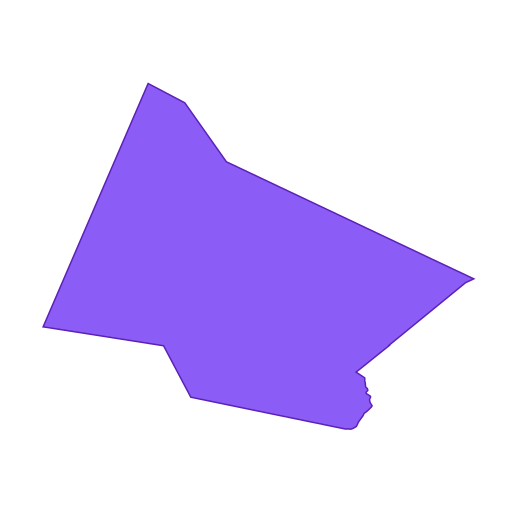 Goroka District, Eastern Highlands, Papua New Guinea (Albers equal-area conic projection), rotated 87°
{"feature_id": "67681753B3470631360402", "entity_name": "Goroka District", "entity_type": "district", "adm_level": 2, "iso_a3": "PNG", "parent_name": "Papua New Guinea", "parent_adm1": "Eastern Highlands", "projection": "albers", "projection_center": [145.434, -6.025], "detail": "fine", "context": "isolated", "style": "filled", "palette": "violet", "viewbox_px": 512, "rotation_deg": 87, "n_neighbors": 0, "source": "geoboundaries", "source_scale": "gbopen_adm2", "svg_char_len": 692}
<svg xmlns="http://www.w3.org/2000/svg" viewBox="0 0 512 512"><g transform="rotate(87 256 256)"><path d="M78.1,354.7L178.8,404.6L315.6,472.3L340.8,353.0L393.6,328.5L408.7,270.7L433.4,176.1L433.6,172.3L433.9,170.5L433.4,168.5L432.4,166.4L431.5,164.7L426.8,162.1L424.1,159.9L421.3,157.6L418.9,156.3L416.5,152.8L412.9,148.7L411.7,147.9L409.3,149.2L407.7,149.9L405.0,150.1L403.0,149.0L402.1,149.0L400.4,151.2L399.5,152.6L398.6,153.3L397.7,153.1L396.2,151.4L394.4,151.6L392.4,153.4L388.5,153.5L386.4,154.0L384.9,153.8L383.4,153.8L377.2,162.1L352.2,127.4L352.0,127.7L293.6,48.1L290.2,39.7L266.9,83.1L160.4,280.6L99.3,319.1L78.1,354.7Z" fill="#8b5cf6" stroke="#5b21b6" stroke-width="1.5"/></g></svg>